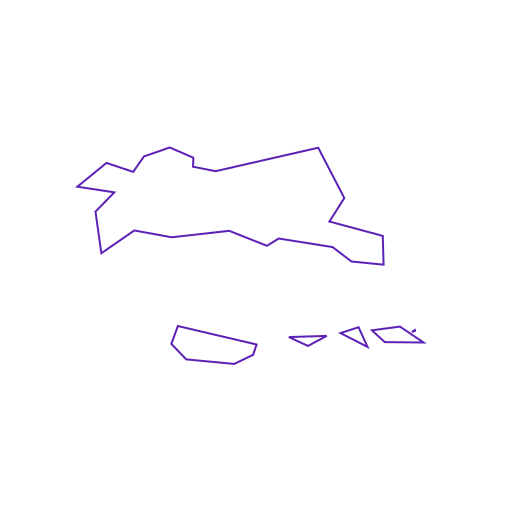 SVG path tracing the border of Sumatera Barat, rotated 303°
{"feature_id": "IDN-539", "entity_name": "Sumatera Barat", "entity_type": "Province", "adm_level": 1, "iso_a3": "IDN", "parent_name": "Indonesia", "parent_adm1": "", "projection": "natural_earth1", "projection_center": [100.097, -1.223], "detail": "coarse", "context": "isolated", "style": "outline", "palette": "violet", "viewbox_px": 512, "rotation_deg": 303, "n_neighbors": 0, "source": "natural_earth", "source_scale": "10m", "svg_char_len": 744}
<svg xmlns="http://www.w3.org/2000/svg" viewBox="0 0 512 512"><g transform="rotate(303 256 256)"><path d="M318.2,367.7L303.4,339.1L305.2,315.4L283.0,265.5L270.5,259.6L262.5,219.8L225.8,175.1L211.1,140.0L174.1,124.8L205.8,97.2L232.2,102.5L216.8,68.4L252.6,79.9L259.7,107.2L278.5,107.8L300.0,124.5L304.3,149.9L296.6,154.6L305.1,175.9L380.7,249.2L352.7,298.5L324.9,298.8L341.9,351.4L318.2,367.7ZM154.7,228.6L182.1,304.7L171.6,307.4L153.6,296.5L131.3,253.8L136.2,232.9L154.7,228.6ZM275.2,415.2L274.7,443.6L253.9,410.9L256.8,393.7L275.2,415.2ZM252.1,380.8L240.5,399.1L237.4,368.9L252.1,380.8ZM205.9,327.7L227.5,358.8L208.9,348.6L205.9,327.7ZM277.2,428.1L280.5,429.6L279.9,430.2L277.2,428.1Z" fill="none" stroke="#5b21b6" stroke-width="2"/></g></svg>